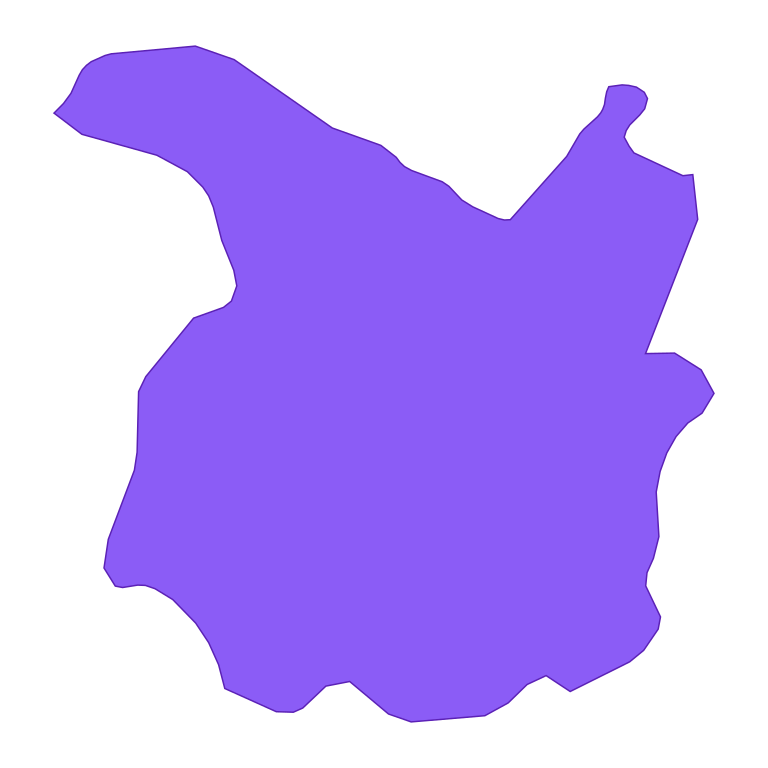 Pistoia, Natural Earth projection
{"feature_id": "ITA-5384", "entity_name": "Pistoia", "entity_type": "Province", "adm_level": 1, "iso_a3": "ITA", "parent_name": "Italy", "parent_adm1": "", "projection": "natural_earth1", "projection_center": [10.855, 43.979], "detail": "fine", "context": "isolated", "style": "filled", "palette": "violet", "viewbox_px": 768, "rotation_deg": 0, "n_neighbors": 0, "source": "natural_earth", "source_scale": "10m", "svg_char_len": 1415}
<svg xmlns="http://www.w3.org/2000/svg" viewBox="0 0 768 768"><path d="M122.6,587.5L115.3,586.1L104.0,568.0L108.3,539.3L134.4,470.2L137.1,452.3L138.6,391.6L145.8,376.6L193.6,318.1L223.5,307.4L231.4,301.1L236.8,285.9L233.8,270.3L221.8,240.5L213.3,207.1L208.7,195.9L202.8,187.1L187.4,171.7L156.8,155.2L81.9,134.3L54.0,113.1L63.5,103.5L71.0,93.3L79.2,75.2L82.4,69.7L86.5,65.3L91.2,61.7L105.0,55.5L111.3,53.8L195.3,46.1L234.1,59.6L332.3,128.0L353.6,135.6L380.9,145.4L396.2,157.3L400.0,162.4L404.5,166.6L411.6,170.5L442.3,181.8L448.9,186.3L461.8,200.0L472.7,206.8L498.1,218.5L504.4,220.0L510.3,219.7L566.7,156.4L579.8,133.9L583.9,129.1L597.5,116.8L600.8,112.8L602.7,109.4L604.5,104.5L605.4,98.1L606.7,91.7L608.8,86.7L622.1,84.9L628.7,85.4L636.4,87.1L644.3,92.3L647.5,98.6L644.7,108.8L639.8,114.9L629.8,124.9L626.2,130.6L624.2,137.2L629.1,146.2L633.9,152.9L682.9,175.7L692.8,174.6L697.7,219.4L645.5,353.6L674.6,353.1L701.2,369.9L714.0,393.4L702.1,413.1L687.8,423.0L676.1,436.5L666.8,452.9L660.1,471.5L656.2,492.0L658.9,536.6L653.4,558.4L647.0,572.7L645.7,585.9L660.5,616.9L658.2,629.1L643.7,650.3L629.7,661.8L570.2,691.5L546.1,675.6L527.1,684.5L508.2,702.9L484.9,715.7L411.1,721.9L388.5,714.0L349.7,681.5L325.9,686.1L302.8,708.0L293.4,712.2L276.3,711.7L224.8,688.5L218.6,664.7L208.7,642.7L195.7,623.1L172.8,599.6L155.0,588.7L145.4,585.4L137.7,585.1L122.6,587.5Z" fill="#8b5cf6" stroke="#5b21b6" stroke-width="1.5"/></svg>